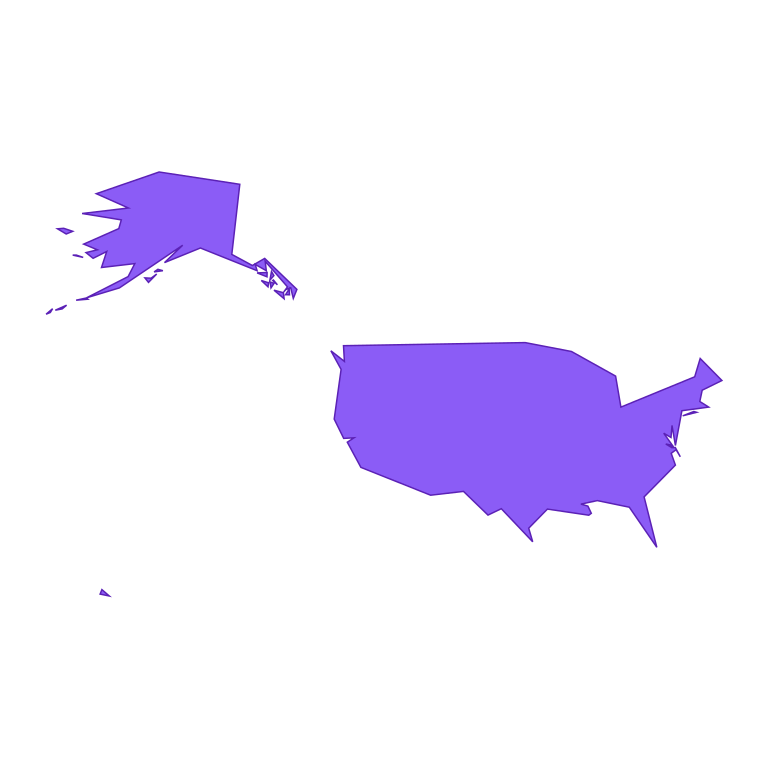 an SVG outline of United States of America
{"feature_id": "USA", "entity_name": "United States of America", "entity_type": "country or territory", "adm_level": 0, "iso_a3": "USA", "parent_name": "North America", "parent_adm1": "", "projection": "robinson", "projection_center": [-126.716, 45.186], "detail": "medium", "context": "isolated", "style": "filled", "palette": "violet", "viewbox_px": 768, "rotation_deg": 0, "n_neighbors": 0, "source": "natural_earth", "source_scale": "50m", "svg_char_len": 1921}
<svg xmlns="http://www.w3.org/2000/svg" viewBox="0 0 768 768"><path d="M620.9,407.1L694.7,376.8L700.2,358.5L721.9,380.5L702.2,390.2L699.8,401.5L708.7,407.1L681.9,410.7L675.4,445.5L672.0,425.4L671.0,437.5L663.7,433.2L673.1,446.3L672.3,446.9L670.3,444.9L665.8,444.0L671.9,447.7L675.3,447.5L680.3,456.8L676.1,449.7L671.2,453.3L675.4,465.1L644.1,496.9L656.8,547.3L629.3,507.2L597.3,500.6L580.9,504.1L587.9,506.1L591.3,513.3L588.8,515.2L547.4,509.1L528.7,528.2L532.7,541.8L501.3,508.7L488.0,515.1L463.5,491.4L430.6,495.2L360.9,467.4L347.3,442.2L354.0,437.8L343.7,438.4L334.2,419.1L341.1,369.4L330.9,350.8L344.4,361.4L343.5,345.7L525.2,342.6L571.5,351.5L615.6,376.1L620.9,407.1ZM296.9,289.4L293.3,298.4L290.7,287.8L285.9,289.5L283.7,292.0L287.5,286.9L265.2,261.3L266.3,270.7L255.2,264.4L257.1,270.7L200.4,248.0L164.5,262.6L182.7,245.2L119.4,287.9L86.6,297.8L128.1,276.6L134.8,263.6L101.5,267.5L106.7,251.5L93.1,258.3L86.0,252.6L97.4,249.8L83.7,244.1L118.8,228.6L121.3,219.9L82.1,213.5L128.4,208.0L96.3,193.7L159.1,172.0L239.8,184.3L231.8,254.4L252.4,265.5L264.7,258.4L296.9,289.4ZM156.7,274.0L148.5,282.4L144.9,277.9L151.1,278.2L156.7,274.0ZM274.0,290.2L283.4,292.7L284.1,298.7L274.0,290.2ZM109.3,596.0L100.1,594.1L101.9,589.6L109.3,596.0ZM57.5,228.8L63.7,228.3L72.7,231.3L66.2,234.0L57.5,228.8ZM257.1,272.9L267.1,272.5L267.0,276.8L257.1,272.9ZM76.4,255.1L83.2,257.4L72.7,255.1L76.4,255.1ZM261.3,280.5L268.6,282.8L268.0,286.8L261.3,280.5ZM269.9,280.1L271.5,271.5L273.9,275.6L269.9,280.1ZM76.1,300.2L86.3,298.0L87.9,299.2L76.1,300.2ZM289.2,288.9L289.5,294.8L285.6,294.7L289.2,288.9ZM693.8,411.5L696.6,412.3L682.7,415.8L693.8,411.5ZM273.4,280.0L277.4,284.8L272.7,280.5L273.4,280.0ZM55.3,310.2L66.6,305.2L62.2,308.9L55.3,310.2ZM157.9,269.3L162.9,270.7L154.1,271.9L157.9,269.3ZM270.1,281.9L274.0,283.4L271.0,287.9L270.1,281.9ZM52.6,308.7L50.3,312.5L46.1,314.2L52.6,308.7Z" fill="#8b5cf6" stroke="#5b21b6" stroke-width="1.5"/></svg>